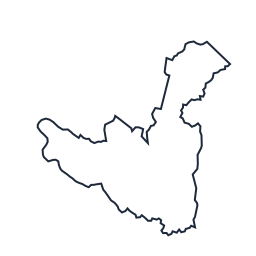 outline of Quinze de Novembro, Rio Grande do Sul, Brazil, rotated 100°
{"feature_id": "56859067B70559622092881", "entity_name": "Quinze de Novembro", "entity_type": "district", "adm_level": 2, "iso_a3": "BRA", "parent_name": "Brazil", "parent_adm1": "Rio Grande do Sul", "projection": "orthographic", "projection_center": [-53.12, -28.781], "detail": "fine", "context": "isolated", "style": "outline", "palette": "slate", "viewbox_px": 256, "rotation_deg": 100, "n_neighbors": 0, "source": "geoboundaries", "source_scale": "gbopen_adm2", "svg_char_len": 2231}
<svg xmlns="http://www.w3.org/2000/svg" viewBox="0 0 256 256"><g transform="rotate(100 128 128)"><path d="M209.1,112.3L210.7,109.1L212.1,105.5L214.8,104.2L213.8,100.7L211.5,99.3L213.4,95.8L215.9,92.1L215.3,89.0L212.8,88.4L213.2,83.9L211.7,81.9L213.0,79.4L216.1,79.3L217.7,75.5L220.4,75.8L223.2,77.3L225.4,75.3L224.7,71.8L226.6,69.7L224.7,66.9L222.0,66.1L222.6,61.8L219.1,60.0L221.4,57.4L219.9,54.1L217.3,53.6L215.7,50.0L213.3,48.8L214.2,44.7L207.0,47.6L203.9,46.6L192.0,46.2L189.9,47.0L187.3,49.7L175.5,50.3L162.5,56.2L156.2,52.6L151.2,53.0L142.4,54.8L134.9,52.5L132.5,52.3L122.3,54.4L119.0,56.4L113.7,57.0L111.3,59.9L113.7,62.1L115.7,65.3L113.3,68.9L112.9,73.2L109.0,75.8L108.1,78.4L103.8,77.0L101.5,78.8L98.4,77.4L95.3,77.8L95.4,74.5L92.2,72.7L88.8,70.3L89.1,67.6L87.7,64.7L87.6,61.5L84.1,62.7L84.0,59.4L80.7,58.6L77.2,60.6L74.8,58.8L70.7,59.1L68.6,56.4L66.3,54.3L63.9,53.2L59.3,53.2L57.7,49.3L54.8,47.0L53.1,42.7L50.4,43.0L49.8,40.5L47.3,38.6L29.4,65.3L32.4,68.8L33.3,71.2L32.8,74.9L31.4,78.3L33.1,82.9L35.4,85.9L40.9,86.3L43.3,87.9L45.8,91.7L48.1,92.6L49.3,94.8L53.5,96.2L52.4,102.2L63.0,101.8L66.6,101.6L68.7,99.5L69.1,96.4L103.6,98.9L103.6,104.6L110.0,106.7L113.8,104.9L117.2,101.6L120.9,103.2L122.0,105.8L126.0,107.1L128.5,108.9L134.4,107.4L139.4,105.8L133.9,113.1L126.4,112.9L125.5,117.5L126.0,120.7L130.4,123.4L127.7,124.7L120.7,137.9L118.3,142.7L121.0,143.0L123.4,143.9L128.7,151.1L133.9,151.0L144.6,147.2L144.8,150.0L146.4,152.2L146.5,154.8L148.7,158.6L147.4,162.6L145.4,164.4L146.0,167.4L145.5,170.0L143.1,173.6L146.3,174.8L145.0,177.7L143.4,181.1L141.8,183.5L139.9,187.0L140.9,191.9L139.0,196.8L135.1,202.7L133.4,206.6L133.0,210.5L135.1,214.5L138.1,216.6L140.5,217.4L143.1,217.0L146.7,213.4L149.6,208.9L152.1,205.6L155.5,204.7L158.5,205.5L164.2,208.3L168.8,207.2L171.2,205.9L174.7,200.7L172.5,196.4L171.8,193.7L172.9,190.9L176.7,189.5L179.8,187.6L181.5,185.7L182.6,183.3L184.3,179.7L186.0,176.8L187.2,174.0L189.5,170.4L190.6,166.5L191.1,163.2L192.5,159.6L193.1,156.4L190.4,154.4L189.9,151.8L188.8,148.9L187.4,144.7L190.6,143.0L193.1,141.6L195.1,139.2L198.9,135.4L202.2,132.2L204.1,128.0L207.0,124.6L209.9,122.9L212.2,119.3L210.2,116.1L207.3,114.5L209.1,112.3Z" fill="none" stroke="#1e293b" stroke-width="2"/></g></svg>